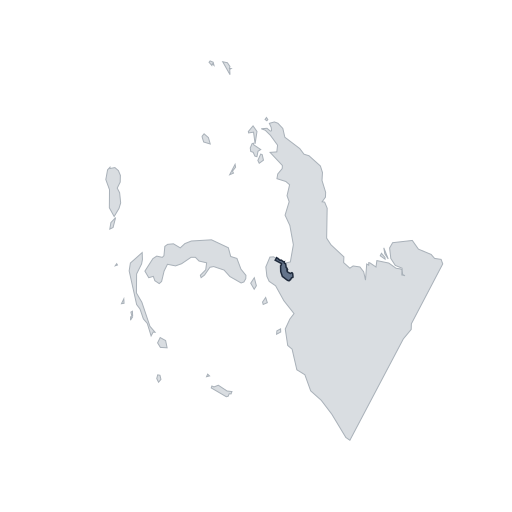 Nawae District, Morobe, Papua New Guinea (highlighted), rotated 208°
{"feature_id": "67681753B35920767491550", "entity_name": "Nawae District", "entity_type": "district", "adm_level": 2, "iso_a3": "PNG", "parent_name": "Papua New Guinea", "parent_adm1": "Morobe", "projection": "equal_earth", "projection_center": [147.161, -6.504], "detail": "fine", "context": "in_parent", "style": "filled", "palette": "slate", "viewbox_px": 512, "rotation_deg": 208, "n_neighbors": 0, "source": "geoboundaries", "source_scale": "gbopen_adm2", "svg_char_len": 5384}
<svg xmlns="http://www.w3.org/2000/svg" viewBox="0 0 512 512"><g transform="rotate(208 256 256)"><path d="M87.4,336.7L87.0,269.1L84.5,264.0L87.0,252.0L86.6,137.4L91.4,137.9L114.8,151.9L130.6,159.2L144.4,162.6L157.1,174.1L166.5,174.7L180.4,190.7L186.0,191.9L195.9,205.3L196.5,216.2L195.4,223.0L210.4,229.6L224.7,238.9L232.5,239.8L236.8,243.1L242.2,251.0L243.2,261.6L240.1,263.5L226.7,263.5L222.9,266.9L228.3,283.5L240.4,298.8L249.5,305.7L252.2,319.5L256.9,323.8L259.8,334.7L264.6,335.8L273.8,334.1L275.3,338.6L273.9,345.5L275.2,348.3L292.2,354.1L286.5,357.7L289.0,364.0L300.1,369.4L306.9,371.4L311.1,370.8L306.3,373.9L301.9,373.0L301.1,373.9L302.9,376.6L306.5,379.4L302.7,383.0L299.0,383.5L292.2,381.2L286.3,374.4L267.8,371.4L261.4,368.4L256.3,369.4L241.4,365.7L236.5,360.9L233.2,353.7L224.4,344.9L222.3,340.6L223.1,334.9L220.7,335.8L215.6,331.6L202.0,304.9L195.1,301.1L178.0,296.5L175.5,291.3L167.4,289.3L165.6,292.8L159.1,295.1L153.5,292.6L148.0,286.1L154.5,300.9L152.2,300.8L153.3,303.1L152.1,303.4L144.9,302.6L147.1,308.7L135.4,312.1L126.6,310.9L122.4,312.4L120.7,312.2L118.4,307.7L115.2,308.5L117.9,308.6L121.3,313.8L128.6,313.1L135.8,317.1L141.8,325.8L141.6,331.9L125.3,343.1L115.8,338.3L102.1,339.6L97.2,337.7L91.0,339.9L87.4,336.7ZM333.7,186.7L337.1,189.8L340.5,186.5L347.0,190.5L345.8,205.3L343.6,209.3L338.1,210.8L337.4,213.0L341.0,221.7L339.5,224.8L334.6,228.0L326.7,227.6L324.6,233.6L320.1,238.9L302.9,249.4L284.3,250.3L278.1,243.7L271.7,244.9L263.1,237.3L255.8,234.2L254.4,231.2L254.5,227.4L256.5,225.2L269.4,225.6L277.6,228.6L288.4,226.8L291.4,224.4L292.5,215.0L294.3,211.1L296.1,212.9L293.9,220.2L296.4,226.8L304.0,224.8L308.9,226.4L312.7,224.4L318.1,214.2L322.4,209.5L330.3,207.1L330.1,199.6L327.4,189.2L328.5,186.2L333.7,186.7ZM427.5,262.4L426.6,265.8L426.0,264.7L422.1,267.8L417.6,266.8L413.6,263.5L410.6,257.5L410.4,250.8L406.1,247.8L400.4,239.3L399.3,233.6L399.8,224.3L408.1,229.7L416.5,245.8L424.5,253.0L427.5,262.4ZM363.6,190.8L358.1,205.6L354.6,199.5L353.3,195.3L353.0,184.1L344.2,167.2L335.1,161.6L316.6,144.1L309.3,141.3L311.1,140.5L311.1,136.2L320.3,145.4L325.9,147.6L333.5,154.7L338.6,157.1L361.0,183.3L363.6,190.8ZM216.1,117.8L233.6,118.5L233.9,120.5L231.6,120.7L228.6,124.2L218.2,123.2L213.6,125.0L213.3,122.5L215.0,121.8L214.7,119.2L216.1,117.8ZM303.9,343.7L307.1,346.2L309.8,345.9L311.8,348.7L312.2,353.5L311.0,354.5L310.3,353.1L301.8,352.2L303.4,349.5L301.8,344.1L303.9,343.7ZM302.3,139.0L296.1,138.9L291.4,133.2L297.5,130.4L302.1,133.1L302.3,139.0ZM316.3,364.2L320.3,361.2L321.2,362.3L319.7,369.5L313.6,366.4L309.5,354.7L316.3,364.2ZM349.0,333.4L355.7,332.1L358.9,335.2L359.8,336.4L359.2,339.5L353.6,338.2L349.0,333.4ZM364.1,403.9L376.6,411.9L372.0,413.2L368.0,411.1L367.5,409.1L366.0,409.8L366.8,408.4L364.1,403.9ZM247.3,236.0L241.7,229.9L242.0,225.8L247.9,229.5L247.3,236.0ZM299.7,348.2L298.1,348.4L294.4,344.1L296.7,339.4L299.2,341.2L299.7,348.2ZM398.0,224.0L395.6,214.1L397.7,211.1L399.8,217.4L398.0,224.0ZM228.0,223.9L224.1,220.1L226.9,216.6L228.6,218.4L228.0,223.9ZM287.0,104.9L284.8,105.6L282.0,102.4L282.8,98.8L286.1,101.2L287.0,104.9ZM202.4,199.7L200.1,203.2L198.5,200.5L201.1,196.6L202.4,199.7ZM317.4,315.4L317.5,327.1L315.7,324.8L316.6,319.9L314.8,318.6L317.4,315.4ZM143.3,318.4L147.0,323.2L137.9,315.5L143.3,318.4ZM146.5,317.3L141.5,315.3L140.5,313.8L146.4,314.5L146.5,317.3ZM388.4,405.0L388.1,406.7L384.8,407.0L382.6,404.6L384.8,405.2L384.4,403.5L388.4,405.0ZM352.4,150.7L352.6,156.1L350.3,152.3L352.4,150.7ZM340.1,147.7L339.2,149.2L336.9,145.4L337.3,144.6L340.1,147.7ZM312.1,380.8L311.8,383.2L309.6,382.0L309.9,380.5L312.1,380.8ZM338.1,143.5L336.4,144.1L336.7,140.4L338.1,143.5ZM243.0,126.2L243.2,129.0L240.7,128.3L243.0,126.2ZM375.7,181.3L375.4,183.8L374.1,183.0L375.7,181.3Z" fill="#d9dde1" stroke="#a8b0b8" stroke-width="1"/><path d="M226.9,253.9L226.4,253.4L225.2,252.3L223.1,250.3L221.6,250.1L221.0,250.0L218.9,249.6L216.7,249.3L215.3,249.6L215.2,249.6L214.9,250.2L214.9,250.4L214.9,250.5L214.8,250.8L214.7,250.8L214.6,251.0L214.6,251.3L214.4,251.4L214.4,251.5L214.4,253.4L213.4,254.4L213.8,255.4L214.7,256.7L215.1,257.4L215.8,258.0L216.5,258.1L216.9,257.6L217.4,256.7L217.5,256.7L220.3,256.7L220.7,256.8L220.8,256.8L221.0,256.9L221.1,257.0L221.3,257.2L221.5,257.3L221.5,257.5L221.8,257.8L221.7,258.1L221.8,258.2L221.8,258.4L222.0,258.3L222.1,258.5L222.3,258.7L222.4,258.8L222.4,259.0L222.5,259.3L222.6,259.5L222.8,259.5L223.0,259.8L223.9,260.0L224.3,260.4L224.6,260.9L226.1,262.9L226.2,263.0L226.3,263.0L226.6,263.0L227.0,263.0L227.2,262.9L227.3,262.9L227.5,262.9L227.6,263.0L227.8,263.3L228.0,263.5L228.3,263.7L228.4,263.8L228.5,263.9L228.5,264.0L228.6,263.9L228.9,263.9L229.2,263.9L229.4,263.9L229.5,263.8L229.8,263.8L230.0,264.0L230.3,264.0L230.5,264.0L230.8,264.0L231.1,264.1L231.3,264.2L231.7,264.2L231.8,264.2L232.0,264.0L232.1,263.9L232.3,263.8L232.5,263.8L232.6,263.6L232.8,263.4L233.0,263.4L233.0,263.5L233.2,263.4L233.3,263.4L233.5,263.5L233.8,263.6L234.0,263.8L234.2,263.7L234.3,263.6L234.5,263.7L234.7,263.8L234.8,263.9L235.0,263.9L235.1,264.0L235.3,264.0L235.5,264.0L235.8,264.2L236.0,264.1L236.3,264.0L236.5,264.1L236.8,264.2L237.0,264.2L236.9,263.8L236.9,263.7L236.9,263.4L237.0,263.2L237.1,261.3L229.9,261.3L229.8,261.2L229.8,260.9L229.8,260.7L229.7,260.6L229.7,260.4L229.6,260.2L229.5,259.8L229.5,259.7L229.5,259.4L229.6,259.2L229.7,258.9L226.9,253.9Z" fill="#64748b" stroke="#1e293b" stroke-width="1.5"/></g></svg>